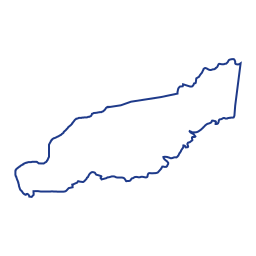 Santo Domingo, Heredia, Costa Rica
{"feature_id": "36466004B42528660936066", "entity_name": "Santo Domingo", "entity_type": "district", "adm_level": 2, "iso_a3": "CRI", "parent_name": "Costa Rica", "parent_adm1": "Heredia", "projection": "orthographic", "projection_center": [-84.061, 9.988], "detail": "fine", "context": "isolated", "style": "outline", "palette": "blue", "viewbox_px": 256, "rotation_deg": 0, "n_neighbors": 0, "source": "geoboundaries", "source_scale": "gbopen_adm2", "svg_char_len": 5746}
<svg xmlns="http://www.w3.org/2000/svg" viewBox="0 0 256 256"><path d="M240.6,63.3L239.7,63.9L238.4,64.4L237.2,64.4L235.9,64.1L235.3,63.6L235.2,63.1L235.2,61.7L235.0,61.0L234.6,60.1L234.2,59.5L233.7,59.1L232.2,59.1L230.2,59.5L229.1,59.9L228.5,60.6L227.9,61.9L226.3,63.6L224.6,63.9L224.0,64.2L222.9,64.3L221.3,64.2L219.9,63.9L219.0,63.9L218.6,64.2L218.5,64.5L218.0,65.3L217.5,66.5L217.1,67.1L216.3,67.7L215.8,67.9L215.8,68.2L215.6,68.5L214.3,69.2L212.6,69.4L211.6,69.8L210.7,70.0L210.1,70.0L208.9,69.7L207.4,68.9L206.8,68.5L205.9,68.2L205.2,68.0L204.6,68.2L203.8,68.8L203.5,69.1L203.3,69.9L202.3,71.8L202.2,72.2L201.8,72.9L201.2,73.5L199.7,75.5L199.1,76.7L196.3,78.4L195.8,82.4L195.7,82.6L195.5,83.1L195.3,83.1L194.0,83.5L193.6,84.7L192.4,86.3L191.6,86.5L190.0,86.5L183.1,84.3L183.0,85.5L182.7,86.3L180.3,86.5L179.7,86.7L178.4,88.3L178.2,88.8L178.1,89.5L177.9,89.9L177.8,90.8L177.5,92.0L177.5,93.6L160.8,97.1L131.0,101.7L120.8,105.3L109.6,107.0L109.7,106.9L107.6,106.9L107.3,107.2L106.8,107.3L106.4,107.7L106.0,108.0L105.2,109.3L104.8,109.7L104.5,110.2L104.1,110.4L103.2,111.3L102.7,111.5L102.2,111.6L101.5,112.1L99.8,112.1L99.3,112.3L98.2,112.4L97.1,112.7L96.0,112.8L95.5,112.9L93.8,113.0L93.0,113.5L92.0,113.8L91.7,114.7L91.3,115.6L90.7,116.2L89.8,116.5L89.4,116.8L88.2,116.8L87.8,117.1L86.8,117.4L84.1,117.4L83.6,117.6L82.0,117.6L81.5,117.9L78.8,117.9L78.3,118.2L76.9,118.7L76.3,118.7L76.1,119.0L75.3,119.5L74.6,120.2L74.0,121.1L72.6,122.8L72.4,123.3L72.0,123.5L71.9,124.0L70.4,125.5L70.0,125.7L69.2,126.5L68.7,126.7L68.3,127.1L67.4,128.5L66.6,129.1L66.3,129.6L65.3,130.6L64.5,131.2L63.7,132.0L63.6,132.6L62.8,133.4L61.9,133.9L61.4,134.5L61.0,134.9L60.5,135.0L60.2,135.3L59.7,135.5L58.3,136.4L57.3,136.7L56.6,137.2L55.6,137.6L54.6,138.1L54.1,138.1L52.7,138.9L52.3,139.2L52.1,139.7L51.6,139.9L51.2,140.8L50.8,141.1L50.7,141.6L49.7,143.3L49.0,144.7L49.0,156.8L48.6,157.7L48.3,158.1L48.2,158.6L47.7,159.5L47.6,160.0L46.9,160.7L46.8,161.2L46.1,162.0L45.2,162.4L44.6,162.9L43.7,163.5L38.8,163.4L38.1,162.8L37.4,162.4L37.1,162.0L36.6,161.8L32.2,161.8L31.2,162.1L28.5,162.1L28.0,162.2L27.5,162.5L27.0,162.6L26.4,162.6L26.1,162.9L25.6,162.9L23.6,163.8L23.4,164.3L22.9,164.3L22.0,165.0L20.6,165.7L19.9,166.5L19.4,166.6L19.0,167.0L17.7,167.9L17.5,168.3L17.0,168.5L16.2,169.2L16.0,169.7L15.6,170.1L15.6,170.7L15.4,170.9L15.4,174.8L15.6,175.3L15.6,175.8L15.8,176.2L16.2,176.5L16.2,177.1L16.5,177.6L16.9,179.1L17.2,179.5L17.3,180.1L17.8,181.0L18.0,182.0L18.3,182.3L18.4,183.4L18.9,184.8L18.9,185.8L20.0,189.1L20.4,189.9L21.6,190.9L21.7,191.3L22.1,191.6L23.0,193.0L23.8,193.8L24.0,193.8L24.4,194.2L24.8,194.3L24.9,194.5L25.6,194.8L25.8,194.8L26.6,194.0L27.4,193.9L28.3,194.5L28.8,195.1L29.2,196.0L29.3,196.6L31.7,196.9L33.2,195.2L33.5,195.0L33.5,194.8L33.6,194.7L33.7,193.8L33.5,192.8L33.5,191.2L37.7,191.1L40.5,191.5L50.7,191.5L51.1,191.4L52.9,191.4L53.4,191.5L56.3,191.5L57.4,191.7L63.3,191.7L65.1,191.4L65.9,191.0L66.4,190.6L68.7,188.1L72.4,187.3L72.3,187.1L72.7,185.9L72.2,184.8L72.2,184.6L73.1,184.4L75.3,183.4L77.0,182.7L77.3,182.5L77.9,181.3L78.5,181.2L79.7,181.6L82.8,182.0L83.1,182.0L83.8,181.6L84.7,180.8L86.6,178.7L87.0,177.6L87.8,177.2L88.1,176.8L88.3,176.2L89.2,174.5L90.0,173.5L91.2,172.5L92.1,172.1L93.4,172.2L94.7,172.6L95.0,172.9L95.9,174.3L96.3,174.7L98.3,175.2L101.3,176.2L101.4,176.4L101.3,176.7L100.6,177.8L100.6,178.2L101.3,178.8L101.6,179.4L106.5,178.1L106.9,177.7L107.8,177.3L108.7,177.3L109.9,177.0L111.8,176.4L113.9,176.4L114.7,176.6L116.1,177.3L117.2,177.5L121.8,177.5L123.6,177.9L124.4,178.5L125.5,180.0L125.9,180.9L126.3,181.2L127.5,181.0L128.8,181.0L129.7,180.8L130.4,180.4L131.3,179.0L131.9,178.4L133.0,178.2L133.8,177.6L135.0,177.0L136.7,176.9L138.6,177.3L139.3,177.3L140.5,177.1L141.1,176.8L142.3,176.8L143.1,176.9L145.4,177.4L146.2,177.4L147.0,177.1L147.4,176.7L147.6,176.0L147.6,175.4L148.0,174.2L148.5,173.4L149.3,173.1L152.0,173.3L155.7,173.1L157.0,172.8L157.8,172.5L161.2,168.7L161.2,168.4L161.6,167.9L161.8,167.6L162.3,166.6L163.5,166.6L164.3,166.9L166.1,166.9L166.4,166.6L166.6,166.6L167.2,166.0L167.3,165.4L168.1,164.1L168.2,163.5L168.2,162.8L168.1,162.6L167.5,162.0L167.1,161.4L165.9,160.5L164.5,159.3L163.8,158.3L163.5,157.7L163.4,157.0L164.4,156.8L165.5,156.8L167.3,157.0L167.9,157.3L168.4,157.3L168.9,157.6L169.2,157.6L170.5,158.2L171.8,158.2L172.2,158.0L172.9,157.9L173.3,157.6L174.5,157.3L175.8,157.3L176.5,157.4L177.6,156.5L177.8,156.0L178.3,155.7L178.5,155.3L179.1,153.9L179.4,153.5L179.5,153.1L180.1,152.6L180.1,152.4L180.4,152.0L180.9,151.3L181.1,150.5L182.9,147.8L183.1,147.7L183.3,147.3L183.3,145.7L183.4,145.4L184.4,145.6L185.0,146.0L185.3,146.5L185.8,147.4L187.7,147.2L188.0,146.9L188.1,146.7L188.1,146.3L187.4,144.2L187.4,143.8L188.0,142.7L188.6,142.5L189.8,142.2L191.3,141.0L192.3,140.3L192.3,139.4L192.0,138.6L192.0,137.5L192.1,137.3L192.5,137.0L194.3,137.0L194.9,136.8L195.1,136.8L195.4,136.5L195.3,136.3L194.6,135.6L194.5,135.4L193.6,134.1L191.2,132.9L190.5,132.4L189.7,131.5L189.6,131.3L189.7,131.1L190.9,131.7L191.1,131.7L192.0,132.2L192.2,132.3L195.8,132.3L196.9,132.1L198.3,131.5L201.3,129.4L201.5,129.1L203.0,127.8L203.4,127.2L204.1,126.7L205.1,125.5L205.6,125.1L206.8,124.2L207.8,123.7L208.5,123.6L210.6,122.8L211.4,122.1L211.6,121.5L212.1,121.0L212.1,120.8L212.3,120.8L212.6,120.6L213.8,120.8L214.5,121.1L215.5,121.2L215.9,121.7L215.9,122.6L215.8,122.9L215.6,123.1L215.6,124.0L216.5,124.0L217.4,123.8L217.8,123.5L218.0,123.3L218.0,123.0L218.4,122.5L218.7,121.7L218.7,121.0L219.0,120.1L219.4,119.6L219.7,119.4L220.6,119.3L221.4,119.1L222.4,118.6L223.0,118.2L223.6,118.0L224.3,118.0L225.4,118.5L227.2,118.5L227.7,118.3L228.1,118.0L229.0,118.0L229.3,117.8L230.5,117.8L230.8,117.6L233.0,117.6L233.7,117.4L234.4,115.7L235.2,105.6L240.6,63.3Z" fill="none" stroke="#1e3a8a" stroke-width="2"/></svg>